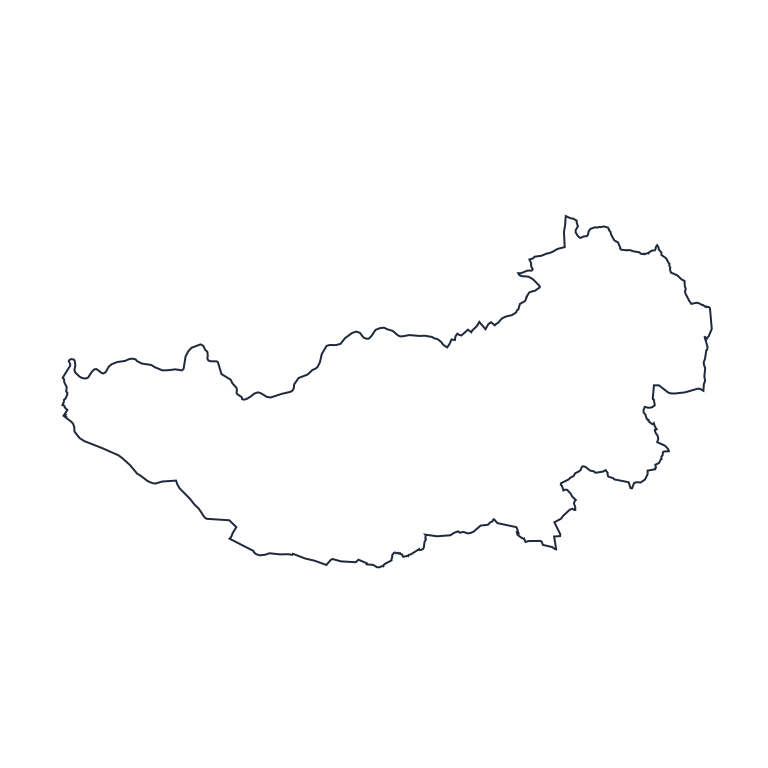 the district of Muinebeag Lea-5, Carlow, Ireland, rotated 96°
{"feature_id": "5873133B83238014482062", "entity_name": "Muinebeag Lea-5", "entity_type": "district", "adm_level": 2, "iso_a3": "IRL", "parent_name": "Ireland", "parent_adm1": "Carlow", "projection": "albers", "projection_center": [-6.936, 52.637], "detail": "fine", "context": "isolated", "style": "outline", "palette": "slate", "viewbox_px": 768, "rotation_deg": 96, "n_neighbors": 0, "source": "geoboundaries", "source_scale": "gbopen_adm2", "svg_char_len": 6118}
<svg xmlns="http://www.w3.org/2000/svg" viewBox="0 0 768 768"><g transform="rotate(96 384 384)"><path d="M255.1,95.1L250.0,95.9L249.0,98.9L245.3,103.6L243.2,110.3L240.1,111.6L238.3,111.4L236.4,112.7L234.5,112.7L233.8,113.7L229.6,116.4L226.6,121.6L224.2,121.9L221.5,124.8L219.3,125.3L217.4,126.9L219.5,128.0L221.3,128.0L222.8,128.7L223.3,131.5L225.5,134.3L226.5,134.6L226.3,135.6L227.7,138.5L227.2,139.3L227.7,140.0L227.6,142.2L226.3,143.9L226.0,149.5L225.1,153.5L225.6,155.3L225.3,156.1L225.7,157.1L225.6,162.2L224.7,163.3L223.7,163.3L218.7,166.1L217.3,169.6L215.8,170.9L211.7,173.7L209.0,174.7L207.3,176.5L206.6,176.4L205.0,177.7L204.3,181.8L205.4,184.9L205.2,186.2L206.1,187.8L206.1,190.6L208.2,195.0L211.1,196.6L214.3,196.7L215.8,197.8L216.3,200.7L218.1,203.8L218.0,204.8L216.0,207.2L213.0,209.3L210.8,209.4L206.9,207.6L203.5,209.2L201.4,209.5L199.8,213.1L199.6,216.0L198.0,220.8L206.7,220.5L214.2,220.9L229.0,218.6L231.5,225.5L235.0,230.3L236.9,234.1L237.1,235.6L240.0,240.8L241.6,247.4L243.5,249.1L245.0,252.4L248.5,250.3L251.5,250.0L254.2,248.1L255.2,248.4L255.8,249.0L256.2,253.1L259.5,259.4L259.8,262.1L261.5,260.8L262.3,258.8L262.2,251.3L264.2,246.9L269.9,239.9L271.0,239.1L271.7,239.3L275.4,243.5L277.2,248.2L278.0,249.2L282.6,251.5L282.8,251.2L286.6,252.3L290.2,257.2L295.8,258.2L296.9,259.5L299.2,260.2L302.2,264.1L303.9,269.2L305.4,272.0L307.1,274.1L311.4,277.0L312.7,279.0L314.1,280.0L311.3,284.0L313.6,286.5L318.9,288.8L312.3,295.7L316.7,297.7L321.5,301.8L323.4,302.6L321.2,306.2L327.6,312.0L327.4,314.1L326.3,316.3L329.1,317.9L332.9,318.1L332.6,321.5L337.4,323.0L341.0,325.0L339.0,328.9L336.3,331.5L333.9,335.1L333.2,339.1L332.2,341.1L331.7,348.3L332.5,353.8L332.7,364.0L334.7,370.6L334.9,373.2L334.0,375.5L330.3,380.8L329.2,386.6L328.0,389.9L328.8,393.7L331.1,398.1L337.4,401.4L340.4,403.7L340.8,406.2L340.0,409.1L335.6,413.4L334.8,417.1L336.5,420.9L342.5,427.6L348.6,431.4L350.3,435.8L350.9,442.1L352.1,445.1L360.6,449.0L369.0,450.0L373.9,451.8L375.7,453.5L377.7,456.8L382.6,461.0L386.9,469.5L393.7,473.3L397.7,473.3L400.1,474.3L401.6,476.3L404.5,484.7L409.3,495.4L409.0,499.3L406.0,505.6L405.5,508.4L406.9,511.7L410.9,515.9L413.4,519.3L414.2,521.8L413.9,523.5L412.0,524.1L409.2,529.2L407.7,529.8L405.4,529.6L403.0,530.5L399.2,534.8L395.7,537.0L391.1,546.7L379.6,551.5L379.0,552.8L379.5,559.2L378.9,561.2L377.0,562.4L374.3,562.2L370.4,563.1L368.7,565.4L364.9,567.7L363.8,570.7L368.1,579.2L371.6,581.9L377.2,584.2L389.8,584.9L391.6,586.4L391.2,593.0L392.9,600.3L393.6,605.7L391.3,613.6L389.4,617.4L389.0,627.0L387.1,631.9L385.4,633.8L385.1,637.3L385.9,640.1L388.2,644.1L390.0,651.5L392.8,656.9L395.5,659.5L401.3,662.0L402.8,664.1L402.7,665.7L399.2,671.5L399.7,673.6L402.3,675.8L408.4,678.9L409.4,680.3L409.8,682.7L409.6,685.0L408.4,687.7L404.8,692.3L402.2,693.4L397.7,692.9L393.4,694.0L392.1,695.0L391.9,697.5L392.7,699.1L394.1,699.9L397.3,698.1L398.6,698.0L411.4,704.2L412.8,702.7L415.6,702.2L420.4,699.2L424.7,699.3L425.7,698.1L427.2,697.8L431.8,699.2L433.0,700.5L435.6,700.6L438.6,701.6L439.0,699.7L440.7,699.0L442.9,696.2L449.1,699.4L449.6,698.4L448.9,697.5L449.6,697.7L450.0,696.7L450.6,697.1L454.3,690.9L456.0,689.1L459.3,687.5L463.6,686.9L469.6,681.1L472.2,675.9L477.1,658.0L482.6,640.8L484.7,637.1L491.2,628.1L499.0,620.1L500.5,616.7L504.9,609.5L506.1,606.5L506.8,603.7L506.9,600.8L504.2,594.5L501.8,580.7L505.3,579.1L509.1,576.4L518.6,564.8L523.8,559.8L527.3,555.2L535.4,548.5L536.6,546.3L535.7,523.6L541.8,515.9L547.8,518.8L552.3,520.1L554.0,521.4L563.7,496.3L565.3,495.5L566.6,493.3L567.4,489.6L566.2,484.3L564.3,480.1L564.3,469.5L563.3,461.5L563.5,457.5L562.4,456.9L565.8,444.1L567.0,434.5L570.0,422.4L564.7,418.7L563.4,417.0L564.9,408.2L564.2,393.5L561.4,391.0L564.1,382.3L565.2,382.4L565.0,376.0L567.0,371.6L566.7,369.2L565.3,367.0L565.4,365.6L563.9,365.4L562.7,364.2L558.7,358.1L556.6,358.2L555.9,357.7L553.5,358.0L550.8,356.4L550.4,355.4L551.1,354.1L550.4,352.5L551.0,351.9L550.5,350.5L551.3,350.2L551.8,348.0L553.5,347.3L553.8,346.3L552.3,342.6L552.6,341.9L551.4,341.5L550.4,339.2L544.8,332.1L545.3,332.1L545.5,330.8L544.2,328.1L542.4,327.3L536.8,327.2L534.1,326.0L533.2,326.8L530.1,326.6L529.5,327.2L529.9,315.3L527.5,302.2L524.7,298.8L522.8,294.9L524.0,292.9L522.8,289.8L523.8,284.9L523.1,282.3L521.4,279.4L514.7,273.1L513.1,265.9L510.6,264.0L509.4,261.9L507.6,261.3L507.0,260.5L510.5,256.7L512.5,237.6L513.5,236.7L518.1,234.7L517.6,236.3L520.0,235.5L522.4,231.5L523.4,229.1L523.0,228.6L526.3,226.7L525.1,224.0L523.7,211.9L524.5,210.6L527.4,209.2L528.6,199.7L530.3,196.8L530.4,195.5L517.9,198.9L516.9,193.0L515.1,192.9L503.7,200.1L499.5,193.9L496.3,192.0L489.7,186.2L488.4,183.8L489.4,181.4L489.2,180.6L487.9,181.0L487.2,180.7L482.8,182.6L480.5,182.1L479.3,181.1L476.3,185.0L473.4,187.0L470.1,190.8L470.1,192.6L471.1,194.4L466.8,196.3L465.7,197.7L464.1,197.5L459.7,190.5L457.5,188.6L455.7,185.8L452.7,184.5L450.9,181.4L449.0,179.4L446.1,178.7L445.0,177.6L445.4,174.9L448.6,169.9L448.9,166.3L450.2,164.3L448.2,157.0L446.5,154.6L449.0,152.3L451.0,152.1L452.6,151.3L453.7,146.2L454.8,145.0L456.1,130.5L461.8,127.9L461.8,126.4L456.4,125.0L455.2,122.5L455.2,118.6L451.7,114.4L446.0,112.4L442.6,112.8L440.5,105.6L440.0,105.9L438.8,104.8L435.9,105.7L433.9,102.3L429.7,100.7L429.6,100.2L427.2,100.5L425.9,99.5L422.5,99.5L421.7,97.8L421.1,93.7L419.0,94.6L416.0,98.1L413.3,106.2L409.7,105.5L406.5,106.6L404.6,108.5L402.3,109.7L401.3,109.8L400.6,108.1L398.1,110.1L394.9,111.5L395.8,111.9L395.7,113.4L393.6,116.6L392.6,117.5L392.2,117.1L391.0,119.2L387.3,120.7L385.0,122.9L382.3,123.1L379.5,122.3L380.0,118.9L379.6,116.3L378.9,114.6L376.8,112.5L371.3,114.0L371.0,115.0L370.2,115.2L357.1,115.4L356.6,110.4L362.7,100.6L363.3,98.5L363.2,94.5L360.9,83.9L355.9,71.6L355.8,69.2L357.4,65.6L350.7,65.9L347.3,65.0L342.9,66.2L334.7,66.2L331.3,67.9L328.7,68.3L325.6,67.4L316.8,67.0L316.2,66.3L313.7,66.0L303.1,70.3L305.3,67.8L304.5,67.6L302.4,66.0L294.9,63.8L275.8,67.5L274.2,68.0L273.7,68.7L273.4,69.7L273.9,71.4L273.2,71.8L273.5,72.7L272.1,75.0L272.3,75.7L270.8,79.1L270.5,81.7L272.2,86.7L269.6,89.0L262.8,93.5L260.2,94.4L258.0,93.8L255.1,95.1Z" fill="none" stroke="#1e293b" stroke-width="2"/></g></svg>